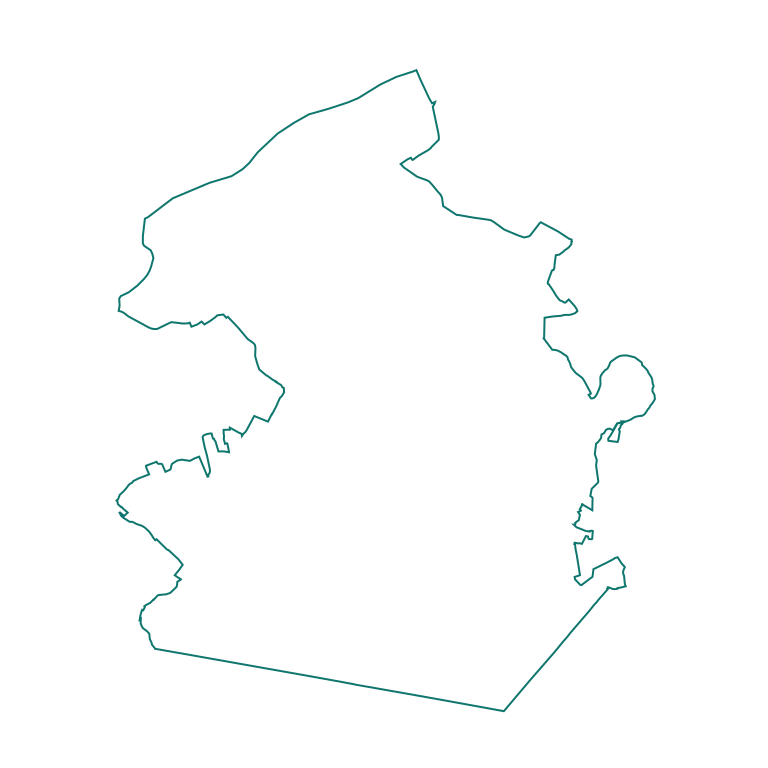 Lipnita, Constanta, Romania, rotated 5°
{"feature_id": "2599482B13540904206543", "entity_name": "Lipnita", "entity_type": "district", "adm_level": 2, "iso_a3": "ROU", "parent_name": "Romania", "parent_adm1": "Constanta", "projection": "robinson", "projection_center": [27.564, 44.098], "detail": "fine", "context": "isolated", "style": "outline", "palette": "teal", "viewbox_px": 768, "rotation_deg": 5, "n_neighbors": 0, "source": "geoboundaries", "source_scale": "gbopen_adm2", "svg_char_len": 6156}
<svg xmlns="http://www.w3.org/2000/svg" viewBox="0 0 768 768"><g transform="rotate(5 384 384)"><path d="M388.9,68.5L385.8,70.1L369.5,77.0L354.2,86.0L333.5,101.4L323.6,106.6L304.7,114.7L285.7,121.9L271.2,131.9L256.2,143.8L238.0,164.2L230.5,175.6L224.4,182.3L213.9,190.3L192.4,198.9L157.4,217.4L134.4,238.3L131.4,240.2L130.9,257.5L131.5,264.9L132.9,267.2L139.9,271.1L141.8,274.3L143.3,278.7L141.7,287.7L140.4,292.0L138.6,296.1L135.5,300.6L129.8,307.4L121.7,314.9L114.1,319.4L112.8,321.9L113.8,329.3L113.3,334.3L116.2,334.8L118.6,335.8L123.6,339.0L144.7,348.2L147.7,349.1L150.2,349.3L153.5,348.8L164.1,342.4L166.9,340.9L176.0,341.2L175.8,341.3L179.5,341.2L183.6,340.6L185.1,339.8L187.2,343.7L192.8,341.0L196.8,337.7L199.9,340.3L205.3,336.4L210.1,332.2L212.0,330.1L217.9,328.8L221.1,331.8L222.6,330.7L233.7,340.5L244.2,351.0L250.6,354.8L252.1,356.5L252.8,359.4L253.2,367.5L256.0,374.9L258.5,380.4L265.9,385.6L267.4,386.2L272.5,389.3L276.3,391.0L276.0,391.3L281.7,394.1L283.2,396.3L284.5,396.6L285.2,400.9L283.4,404.8L281.5,407.0L278.3,416.4L275.1,423.9L274.8,423.8L271.7,431.6L257.5,427.2L251.3,441.7L249.9,444.2L248.6,445.4L247.9,446.5L247.0,448.2L246.4,446.0L243.8,445.2L234.2,440.9L234.3,443.1L233.4,443.0L228.2,443.7L228.6,447.4L229.2,449.8L229.2,452.9L230.9,457.5L232.7,456.7L233.2,457.1L235.6,465.5L230.5,465.1L225.0,465.6L221.0,455.6L220.1,454.9L219.5,453.4L218.3,453.2L216.6,448.4L215.2,448.4L211.8,449.4L208.9,450.8L207.9,452.6L210.6,461.8L213.9,470.8L218.1,484.6L218.2,486.7L218.0,487.8L216.7,490.1L217.1,491.4L216.3,491.7L206.2,472.5L201.8,474.6L197.4,477.5L189.2,477.0L184.6,478.3L179.9,481.9L179.4,483.1L178.9,487.1L178.6,487.9L173.9,490.5L170.2,483.7L169.7,483.1L168.8,482.9L166.0,483.2L165.2,482.7L164.2,481.3L154.0,486.2L154.7,488.5L157.9,494.5L147.8,499.4L142.6,502.6L141.8,504.2L139.9,505.4L138.5,506.8L136.3,510.4L133.7,513.9L130.5,517.3L129.1,522.1L128.3,522.7L128.4,522.8L127.8,523.5L128.7,524.3L129.3,526.8L132.5,529.3L132.7,529.1L133.1,529.2L135.2,531.1L139.9,534.4L136.6,538.1L132.2,535.0L131.8,535.2L133.6,538.2L136.2,540.1L142.4,543.3L143.0,543.5L144.9,543.2L146.0,543.5L149.9,545.1L155.3,546.4L158.3,547.9L162.9,551.5L166.0,555.1L167.3,557.0L169.8,559.6L171.0,558.5L182.2,567.8L183.9,568.3L194.4,576.5L199.2,581.7L196.0,587.2L192.2,592.7L195.2,594.5L198.7,596.2L198.7,596.5L195.4,599.0L195.3,603.2L194.7,604.6L189.2,610.8L185.3,612.5L178.7,613.7L176.9,614.4L173.4,619.0L173.1,618.8L170.3,622.3L165.8,625.2L164.6,626.3L165.2,627.2L163.9,630.4L162.8,630.0L162.3,631.5L161.5,635.9L161.2,640.0L162.2,639.0L162.4,643.3L162.7,644.2L163.0,644.4L163.2,645.4L164.8,647.9L166.3,649.0L169.2,650.7L171.6,652.9L172.0,653.5L172.9,658.4L175.2,662.4L175.5,663.8L178.8,667.3L178.9,667.7L348.4,682.7L380.2,685.7L381.9,686.0L455.2,692.4L531.9,699.5L556.0,665.4L578.1,635.0L584.6,625.4L588.5,620.1L591.4,615.6L607.9,592.7L612.7,585.5L615.0,582.6L616.2,580.6L624.9,568.8L624.2,568.3L624.8,567.7L624.7,567.0L625.7,567.0L629.4,568.2L631.7,568.3L634.0,567.8L634.6,567.4L634.5,566.9L636.1,566.4L636.9,566.4L642.4,564.4L641.8,563.3L641.1,561.0L639.9,554.2L638.9,552.3L638.6,551.1L638.6,550.0L638.8,548.5L639.9,545.4L636.1,541.8L631.8,536.2L629.2,537.3L627.8,538.5L620.4,543.2L608.8,550.2L608.5,557.9L598.1,567.2L596.9,566.9L592.4,562.9L591.3,561.9L590.7,559.6L595.9,557.4L590.9,537.4L589.3,532.1L588.3,527.2L587.5,526.9L587.8,525.5L591.3,525.9L593.0,525.6L595.1,526.0L598.4,517.9L600.5,518.1L601.1,519.9L601.6,520.6L604.1,520.6L604.9,520.1L604.8,512.2L603.6,512.1L602.0,512.4L601.9,513.0L601.3,513.1L597.8,512.8L588.2,509.9L585.4,507.6L586.3,507.6L586.8,507.0L586.9,506.5L586.6,505.6L589.9,502.7L590.6,497.3L588.5,494.6L591.1,493.2L591.2,492.9L589.9,491.7L591.4,488.7L591.7,486.5L592.1,486.4L593.0,487.1L602.5,491.6L601.7,479.4L601.2,478.7L599.3,477.6L600.0,470.6L600.5,469.7L605.5,464.0L605.8,463.5L606.0,462.4L602.4,446.9L602.6,441.1L600.1,435.5L600.5,424.9L602.0,423.6L604.2,420.3L604.9,418.8L605.1,415.3L607.5,413.8L609.1,410.4L610.6,409.4L612.3,408.8L616.3,410.0L619.7,402.8L623.2,401.8L624.0,401.2L624.1,400.8L623.9,400.5L625.2,400.4L623.7,401.9L620.1,402.9L619.8,403.3L614.2,415.5L612.5,418.1L612.2,418.8L612.2,419.9L612.5,421.0L621.8,421.4L622.4,418.7L623.0,410.7L622.0,409.0L622.3,408.0L623.0,407.4L623.6,404.2L624.6,403.5L625.7,401.5L632.5,398.2L636.3,395.3L638.4,394.4L642.5,393.3L643.5,393.4L646.2,391.5L648.0,388.4L648.9,386.5L650.4,384.5L651.3,382.2L652.8,380.2L654.5,377.0L655.2,375.3L654.3,371.1L652.1,367.9L651.9,365.9L652.1,364.6L652.7,363.2L652.7,362.3L651.7,360.3L650.7,356.0L649.9,354.1L646.3,349.6L645.7,348.3L644.8,347.1L642.3,344.8L639.5,342.7L639.2,340.8L638.4,339.8L631.5,335.6L624.0,334.4L619.7,334.7L617.4,335.3L616.2,335.7L613.6,337.3L608.5,341.7L607.4,343.0L606.7,346.0L605.5,348.7L604.7,349.8L603.1,350.9L600.5,354.4L599.9,355.9L599.4,356.4L599.0,358.2L599.0,359.4L599.6,364.7L599.6,366.7L598.3,371.7L596.6,376.4L595.6,378.1L594.5,379.4L592.5,380.3L591.5,380.3L588.8,377.0L590.9,375.5L590.3,374.2L583.4,363.7L581.9,361.7L580.7,360.5L573.9,356.2L569.7,351.8L568.8,350.6L567.9,348.1L566.5,345.3L565.2,343.6L564.6,341.6L563.6,340.4L557.4,336.9L554.5,335.7L552.0,335.2L548.6,335.2L539.1,324.6L539.5,324.3L538.2,304.0L546.3,302.0L554.5,300.6L557.4,299.5L563.1,298.9L565.6,298.0L568.1,296.8L570.3,294.6L569.3,292.5L567.2,289.8L560.7,283.7L557.6,287.1L556.3,287.1L554.7,286.2L551.8,285.3L548.1,281.4L544.3,276.2L539.5,270.3L538.7,270.1L538.3,269.2L538.5,267.2L541.4,256.4L542.0,255.8L542.9,255.7L543.6,253.9L543.5,250.6L543.9,240.8L547.4,239.8L551.4,236.3L551.8,235.6L556.1,231.9L558.5,228.4L558.3,227.3L558.8,225.8L558.3,225.5L558.5,224.5L558.3,223.8L555.8,223.2L544.1,216.9L526.0,209.2L524.8,210.6L516.7,223.3L515.1,224.5L510.8,225.8L504.7,224.3L490.3,219.7L479.4,213.1L476.3,211.6L474.2,211.3L457.8,210.4L444.2,209.2L441.6,209.2L427.4,201.6L425.6,193.5L424.5,191.5L423.5,190.1L420.4,187.3L414.6,181.3L411.2,178.2L408.6,177.2L398.9,174.6L385.0,166.6L381.4,163.4L387.9,158.1L391.0,156.3L392.5,158.1L393.1,158.3L398.4,153.6L407.7,147.1L410.1,144.9L410.2,144.3L417.3,135.9L417.1,133.0L416.3,129.5L408.4,103.5L409.7,101.0L410.3,98.6L407.4,100.2L404.1,95.5L394.2,78.4L388.9,68.5Z" fill="none" stroke="#0f766e" stroke-width="2"/></g></svg>